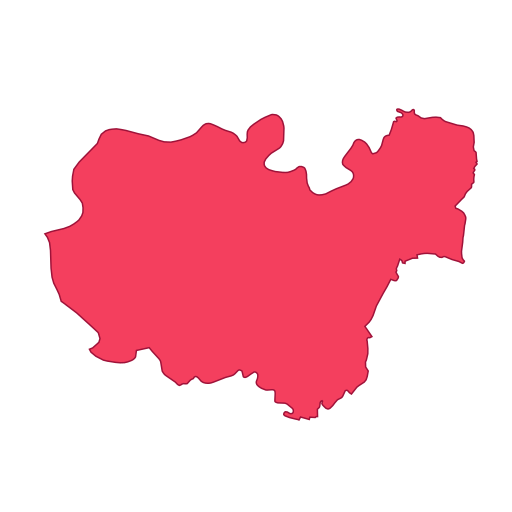 Ha Tinh, Ha Tinh, Vietnam (Natural Earth projection), rotated 275°
{"feature_id": "81297802B52387636717940", "entity_name": "Ha Tinh", "entity_type": "district", "adm_level": 2, "iso_a3": "VNM", "parent_name": "Vietnam", "parent_adm1": "Ha Tinh", "projection": "natural_earth1", "projection_center": [105.907, 18.355], "detail": "fine", "context": "isolated", "style": "filled", "palette": "rose", "viewbox_px": 512, "rotation_deg": 275, "n_neighbors": 0, "source": "geoboundaries", "source_scale": "gbopen_adm2", "svg_char_len": 6127}
<svg xmlns="http://www.w3.org/2000/svg" viewBox="0 0 512 512"><g transform="rotate(275 256 256)"><path d="M409.9,427.7L410.0,423.2L409.5,419.6L407.5,411.9L407.9,408.5L409.8,405.3L410.6,402.7L411.0,402.2L411.3,401.7L412.5,401.2L414.8,401.0L415.5,400.5L415.6,400.2L415.6,399.8L415.2,399.0L414.0,398.1L413.1,397.0L412.6,396.2L412.4,395.1L412.4,392.4L413.0,390.5L414.0,388.3L414.8,385.8L414.8,384.4L414.3,383.5L413.4,383.6L412.4,384.3L411.4,388.1L410.8,389.0L409.8,389.9L409.3,390.1L408.2,390.0L407.4,389.3L407.0,388.1L407.0,386.6L406.7,385.1L406.5,384.5L405.6,383.5L405.2,383.6L403.2,384.7L402.5,384.6L402.1,384.2L402.3,382.2L401.8,381.4L393.7,379.8L387.9,378.1L387.6,376.5L387.1,375.2L386.3,374.1L385.2,373.2L383.3,372.6L377.0,371.5L374.4,370.4L370.7,368.2L369.4,367.0L368.0,363.5L368.3,362.8L369.1,361.9L373.9,359.2L377.3,356.4L379.0,354.3L380.5,351.1L381.1,348.7L380.9,347.4L380.6,346.4L379.9,345.4L379.1,344.6L377.6,343.7L374.7,342.8L371.6,341.2L363.4,336.0L360.9,334.6L358.9,334.0L356.9,333.9L355.0,334.4L354.0,335.3L352.0,337.9L349.5,342.9L348.4,344.5L346.7,345.7L345.0,346.2L343.0,346.3L341.5,346.0L338.4,344.3L335.8,341.6L334.6,339.6L330.0,330.2L327.2,325.3L323.9,320.0L322.7,316.3L322.3,313.6L322.3,311.9L322.6,310.3L323.2,308.7L324.1,306.9L326.5,303.9L328.4,303.2L330.4,301.9L333.2,300.6L337.9,299.6L341.7,299.2L344.8,298.4L346.9,297.4L347.9,296.7L348.5,295.7L349.1,293.5L348.9,291.5L348.6,290.8L346.9,288.8L345.9,288.1L344.7,286.3L343.0,282.8L342.1,280.4L341.8,278.4L341.6,275.4L341.8,267.8L342.3,265.0L343.1,261.4L343.9,259.7L344.7,258.3L346.5,256.7L348.2,256.1L350.3,256.0L353.6,257.3L357.4,260.1L359.7,262.2L365.6,270.0L366.9,271.1L368.6,272.0L370.4,272.8L373.2,273.4L385.8,272.7L387.9,272.3L390.2,271.5L392.4,270.7L394.8,269.1L396.8,266.9L397.7,265.5L398.3,263.9L398.4,261.4L398.4,259.9L398.1,258.9L395.0,253.0L392.5,249.0L387.1,242.3L384.1,239.2L380.9,237.2L379.0,236.6L376.5,236.6L372.9,237.0L369.9,236.7L369.3,236.3L368.4,235.4L367.8,233.5L367.8,231.9L369.2,229.7L373.6,226.6L374.7,225.2L376.3,222.7L377.2,220.4L378.5,214.4L379.6,211.0L381.5,206.3L382.8,202.5L383.8,199.1L383.9,197.2L383.5,195.1L383.2,194.3L381.6,192.1L379.5,190.4L373.5,186.0L370.7,182.4L369.1,179.9L365.2,171.3L363.5,166.4L362.0,161.3L361.7,154.6L362.7,149.3L366.2,138.5L367.5,128.1L369.7,115.6L370.2,110.8L370.5,105.9L369.8,101.7L369.1,98.7L367.5,95.2L363.8,91.3L358.8,89.4L354.3,88.2L334.2,71.7L326.5,67.0L319.5,66.3L314.7,66.4L306.2,67.7L303.0,69.7L296.7,76.0L293.5,78.4L289.0,79.5L284.3,79.8L280.8,78.9L276.5,76.5L274.7,74.8L272.0,71.7L269.3,67.9L266.6,62.2L262.5,49.9L259.7,43.8L256.4,46.6L251.3,49.2L243.7,50.8L226.0,52.9L217.1,54.7L211.3,56.9L205.3,60.6L200.6,63.3L193.9,65.9L192.7,68.0L183.7,82.3L170.8,99.3L166.2,105.2L165.6,105.7L160.1,107.8L156.3,107.0L150.2,101.3L148.6,98.2L145.8,100.0L142.2,105.2L139.0,113.0L138.4,116.8L137.8,125.4L137.8,130.1L138.3,134.2L139.3,137.3L140.8,140.5L141.8,142.2L143.4,143.9L145.0,144.8L151.5,145.1L155.4,157.6L151.9,161.0L145.2,168.3L143.4,169.8L141.9,170.4L133.2,172.6L131.8,173.6L130.0,175.2L128.9,176.9L123.4,186.6L121.2,189.1L120.4,190.9L121.0,192.3L121.8,193.2L122.5,194.7L122.6,197.5L122.9,198.6L126.5,201.3L127.3,202.2L128.5,204.3L129.7,204.8L130.5,205.7L130.7,206.2L130.6,207.5L129.5,209.2L126.4,212.4L125.4,214.5L125.0,216.7L125.0,219.0L125.2,220.5L125.6,222.1L126.7,224.7L132.4,236.2L134.4,241.7L135.5,243.8L136.8,245.2L140.4,248.1L141.1,249.2L140.8,250.7L140.2,252.0L139.8,252.2L134.7,253.9L134.2,254.6L134.1,255.5L134.3,256.4L135.3,258.1L137.9,261.1L140.2,264.1L140.4,264.8L140.3,265.6L139.9,266.6L139.1,267.4L138.3,268.0L137.2,268.2L135.7,268.3L133.9,268.1L131.1,267.3L129.9,267.3L129.2,267.5L128.0,268.1L127.1,269.0L126.0,270.5L124.7,273.0L123.4,277.4L123.4,278.7L124.2,283.6L124.2,284.9L124.0,285.6L123.2,286.5L122.5,286.8L120.7,287.1L113.8,287.4L112.7,287.6L112.5,287.8L112.0,288.7L111.6,290.4L111.9,297.0L111.9,297.7L111.6,298.9L111.1,300.1L107.4,305.5L106.2,306.5L104.8,306.7L103.6,306.7L102.4,306.0L101.9,304.4L102.0,303.5L103.3,300.8L103.4,299.0L103.2,298.5L102.2,297.7L101.0,297.4L100.4,297.5L99.8,298.1L99.3,298.9L98.0,303.4L97.1,309.2L96.7,312.3L96.4,313.1L99.5,314.4L97.8,323.3L100.1,323.7L100.3,329.1L101.0,329.7L101.3,330.3L101.4,331.3L108.7,330.5L110.5,332.1L111.1,332.4L112.1,332.6L115.6,332.7L116.6,333.1L117.2,333.7L117.6,334.4L117.2,334.9L114.7,334.5L113.5,335.3L112.2,336.7L110.5,338.8L109.9,340.6L110.0,341.7L110.9,343.1L113.7,345.5L116.6,347.3L119.9,349.7L122.0,353.1L122.7,353.9L124.1,354.7L129.5,356.6L129.9,357.2L130.2,358.2L129.9,359.0L127.9,361.1L126.8,363.1L134.1,367.9L135.8,369.7L139.8,374.8L142.3,376.5L145.7,377.3L151.2,377.8L155.0,374.9L160.0,374.3L162.0,375.0L168.4,375.9L173.5,375.5L181.2,374.1L181.7,373.7L182.5,373.7L183.8,374.2L184.4,374.8L184.6,375.4L184.5,376.5L185.8,378.5L195.4,370.6L200.0,374.5L202.9,376.2L206.9,377.8L216.8,380.3L229.6,385.8L236.9,389.2L244.5,392.3L243.6,395.6L243.5,396.3L243.6,397.7L244.1,398.3L246.6,399.6L247.8,399.7L248.5,399.3L249.4,398.6L252.1,396.8L253.6,397.5L255.5,396.9L256.4,397.1L258.5,397.9L265.4,399.5L264.6,401.0L264.0,401.8L261.9,402.6L261.6,405.1L263.8,405.0L264.6,406.5L267.4,412.0L268.0,417.1L271.2,416.3L272.5,420.4L273.2,423.4L273.6,426.4L273.6,434.6L271.6,437.3L270.8,439.1L270.8,441.3L271.7,442.8L271.9,444.3L269.6,451.5L268.2,458.6L266.7,462.3L266.9,462.9L267.6,463.6L269.0,464.1L270.3,462.7L271.7,461.7L272.7,461.3L276.1,460.6L278.7,460.3L287.6,460.7L292.4,460.6L294.7,460.9L304.7,461.1L306.3,461.4L310.5,461.7L312.1,461.7L313.3,461.4L315.1,460.4L317.0,459.1L318.5,457.1L320.5,453.0L320.9,450.9L323.1,450.0L330.1,455.7L333.0,458.2L336.2,459.2L338.7,460.7L342.8,464.5L343.6,464.7L346.3,464.5L348.1,466.4L348.7,466.6L351.6,466.2L354.0,466.2L356.1,466.5L356.5,466.3L357.2,465.4L357.8,465.1L358.7,465.4L360.7,466.5L361.5,466.3L362.0,465.3L364.1,466.1L366.9,468.2L367.6,467.8L368.3,467.0L368.6,467.0L369.5,468.0L371.6,467.3L378.3,466.2L379.2,465.4L379.5,464.6L380.1,464.0L383.6,463.0L388.2,463.4L395.0,462.5L397.7,461.7L398.9,461.0L400.7,459.3L402.1,457.1L402.9,454.6L403.6,450.9L403.9,445.0L406.4,433.1L407.1,431.5L408.5,429.3L409.9,427.7Z" fill="#f43f5e" stroke="#9f1239" stroke-width="1.5"/></g></svg>